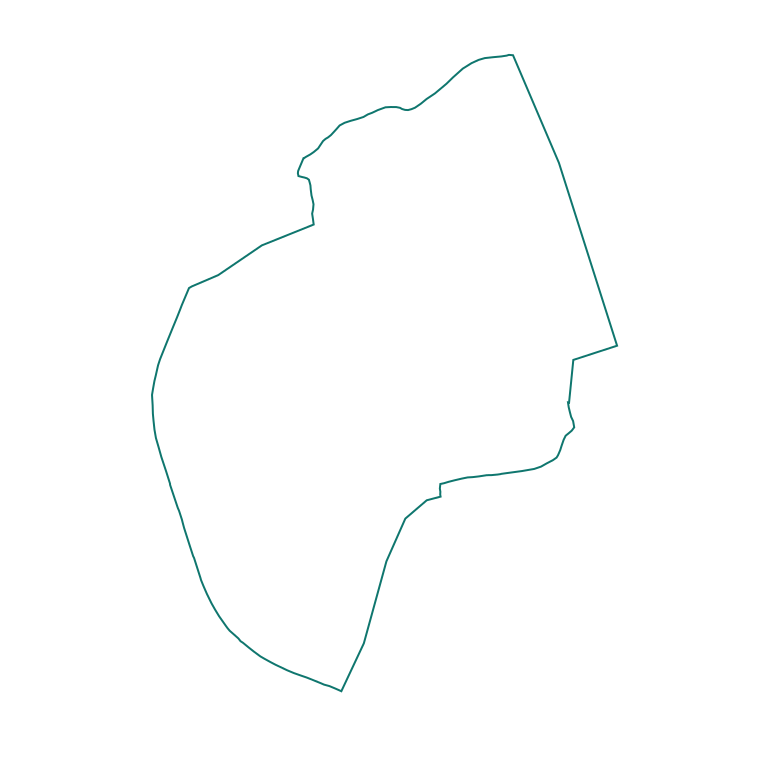 outline of Belle Vue Estate, Gros Islet, Saint Lucia, rotated 342°
{"feature_id": "8701671B25390904232189", "entity_name": "Belle Vue Estate", "entity_type": "district", "adm_level": 2, "iso_a3": "LCA", "parent_name": "Saint Lucia", "parent_adm1": "Gros Islet", "projection": "orthographic", "projection_center": [-60.946, 14.088], "detail": "fine", "context": "isolated", "style": "outline", "palette": "teal", "viewbox_px": 768, "rotation_deg": 342, "n_neighbors": 0, "source": "geoboundaries", "source_scale": "gbopen_adm2", "svg_char_len": 2242}
<svg xmlns="http://www.w3.org/2000/svg" viewBox="0 0 768 768"><g transform="rotate(342 384 384)"><path d="M617.5,419.6L618.7,227.8L608.3,111.2L604.5,109.6L602.2,109.6L596.7,108.7L589.2,107.0L580.6,105.2L574.1,105.0L566.4,105.9L556.4,108.4L544.4,113.7L536.1,117.8L528.9,120.7L522.2,123.4L512.6,126.1L505.7,128.8L498.9,130.8L495.0,131.1L491.5,130.9L488.7,129.8L486.1,128.0L484.6,126.3L481.2,124.4L476.1,122.7L470.9,121.3L462.6,121.6L460.5,121.9L456.5,122.4L452.0,122.6L447.0,123.7L440.2,123.7L433.6,123.4L427.3,123.4L421.7,124.4L417.7,126.8L414.0,128.9L410.4,130.9L406.9,132.2L404.2,132.8L401.1,134.1L397.4,137.0L394.1,139.6L388.8,141.7L384.8,142.9L379.3,144.0L377.4,144.7L377.8,143.7L369.0,153.9L368.1,155.0L367.2,157.0L366.9,159.8L370.5,162.1L371.9,162.9L374.2,164.5L375.7,166.5L375.6,169.4L375.4,172.4L374.5,176.1L373.3,182.3L373.0,187.0L372.5,191.3L370.4,196.2L368.3,199.8L367.4,205.2L366.4,210.6L310.7,214.4L260.0,229.2L231.4,231.8L228.2,232.5L216.0,246.6L213.5,249.7L207.8,256.6L198.7,267.3L191.2,276.2L178.7,291.2L174.9,296.4L169.5,305.5L166.6,310.2L162.8,317.3L160.0,322.7L157.4,332.7L155.0,340.9L153.5,347.5L151.6,356.5L150.4,364.9L150.1,374.5L149.7,384.5L149.8,399.5L149.7,412.8L149.4,413.7L149.6,438.0L149.9,441.3L149.9,450.7L149.7,453.4L149.4,459.1L149.3,478.3L149.3,488.8L149.6,490.6L149.5,512.0L149.4,513.8L149.9,520.7L150.7,528.9L152.2,539.4L153.6,546.3L155.4,553.9L158.9,565.3L159.8,568.0L161.0,571.0L166.9,581.0L168.1,584.3L169.8,586.4L173.9,592.8L177.5,598.2L182.2,604.8L185.6,608.6L190.1,613.4L194.1,617.5L203.4,626.3L209.0,631.1L215.0,635.7L219.8,639.3L222.7,641.7L231.4,649.0L234.1,651.4L238.7,654.4L243.7,658.7L248.5,663.0L284.7,624.4L331.5,553.4L362.7,518.6L388.7,507.8L403.0,508.6L403.3,506.5L404.3,503.9L404.8,500.7L406.7,496.5L410.3,496.9L415.3,497.0L421.5,497.4L428.6,498.0L434.7,498.7L439.7,500.0L445.7,501.2L453.6,502.5L458.2,503.9L464.0,505.2L466.9,505.7L467.7,505.7L471.1,506.3L488.2,509.4L500.6,511.2L507.8,511.1L514.1,509.8L521.2,508.6L525.4,507.3L527.5,505.5L531.2,501.3L533.9,497.5L537.6,492.6L540.8,489.3L544.7,487.8L548.1,486.4L551.5,484.0L552.4,477.7L551.8,473.1L552.1,468.1L552.5,463.1L553.3,458.4L554.2,459.0L571.5,419.6L594.5,419.6L617.5,419.6Z" fill="none" stroke="#0f766e" stroke-width="2"/></g></svg>